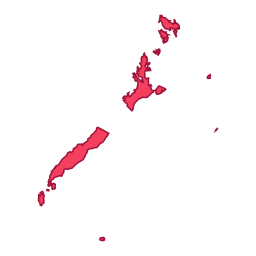 an SVG outline of Palawan
{"feature_id": "PHL-2534", "entity_name": "Palawan", "entity_type": "Province", "adm_level": 1, "iso_a3": "PHL", "parent_name": "Philippines", "parent_adm1": "", "projection": "albers", "projection_center": [119.135, 9.647], "detail": "fine", "context": "isolated", "style": "filled", "palette": "rose", "viewbox_px": 256, "rotation_deg": 0, "n_neighbors": 0, "source": "natural_earth", "source_scale": "10m", "svg_char_len": 5686}
<svg xmlns="http://www.w3.org/2000/svg" viewBox="0 0 256 256"><path d="M108.8,133.3L106.9,136.5L105.4,137.9L104.5,139.9L102.9,142.0L100.1,143.7L96.9,147.5L94.5,147.7L92.6,148.6L90.1,148.6L87.7,149.9L86.9,152.3L86.9,153.1L86.2,153.3L84.6,157.2L82.8,159.9L78.5,162.3L75.5,164.7L72.0,168.2L70.2,168.5L68.3,169.2L65.1,169.0L64.1,169.4L63.8,170.3L63.8,172.1L62.3,174.5L61.9,175.9L61.1,176.2L60.7,175.6L60.2,175.6L54.9,177.3L53.8,178.1L53.2,179.3L51.8,179.7L50.9,181.0L48.7,183.0L48.4,182.9L48.4,181.2L49.0,179.5L49.8,178.7L49.8,176.1L50.3,175.6L50.5,174.6L51.8,172.4L51.5,171.5L52.2,171.7L52.7,170.2L55.3,167.7L54.7,167.7L55.6,166.4L56.2,165.7L58.0,165.2L58.7,164.6L62.2,159.3L66.5,155.5L67.9,152.7L70.3,151.7L70.6,152.4L71.0,152.4L72.3,151.9L73.6,149.5L73.3,148.8L76.7,146.6L77.7,144.6L78.3,144.2L80.9,144.3L81.8,143.9L81.8,144.8L82.4,145.4L84.5,142.9L87.8,140.8L87.8,139.0L90.3,137.4L91.3,135.1L93.8,133.3L94.6,131.9L96.1,130.5L96.6,129.8L96.6,128.4L97.2,127.5L98.2,127.5L108.8,133.3ZM123.5,100.5L124.8,100.1L124.7,99.5L125.2,98.4L124.5,98.1L123.1,98.7L122.8,98.1L123.0,97.7L123.9,96.4L124.9,96.0L126.8,96.7L127.3,95.4L128.2,95.2L127.3,94.1L127.3,93.5L128.8,92.6L128.5,93.5L129.1,96.5L129.4,96.8L130.1,96.4L131.3,95.2L131.9,94.1L132.9,93.6L133.3,92.7L134.7,92.4L135.3,91.8L134.0,90.3L134.2,89.7L134.9,90.1L135.8,89.7L137.0,88.3L138.1,82.7L137.9,82.2L136.9,80.6L136.3,80.6L135.9,81.1L135.1,80.7L134.8,78.4L133.0,77.3L134.4,75.6L133.3,74.6L133.6,73.9L133.0,73.5L133.4,73.1L134.0,73.2L134.2,74.2L134.4,74.2L134.7,73.6L135.1,74.1L135.9,73.9L135.3,74.7L135.9,75.9L135.0,75.9L135.3,76.3L136.7,76.2L136.4,77.1L137.6,78.5L138.1,78.2L138.3,79.0L139.8,79.7L140.5,81.1L141.1,80.7L142.2,82.5L143.1,82.3L143.1,81.6L142.0,79.6L142.7,78.2L141.1,76.9L139.1,76.6L138.5,76.2L138.1,75.3L138.7,73.9L137.2,73.9L137.0,73.5L137.0,71.0L137.3,70.1L137.6,70.1L137.9,70.9L138.7,71.0L137.3,68.3L137.3,67.2L137.6,66.7L139.4,68.7L140.6,69.0L141.0,68.7L141.1,67.0L141.7,65.9L140.3,64.3L139.8,63.2L140.4,63.2L140.9,62.8L141.5,61.5L141.2,58.5L141.4,57.9L141.9,56.8L142.4,57.1L143.4,56.0L143.8,53.8L144.5,53.2L145.4,56.7L146.0,57.4L146.6,56.8L147.2,58.4L147.3,60.0L147.0,61.8L145.1,66.1L145.6,67.1L147.0,68.6L147.5,70.4L146.9,71.0L145.5,70.3L145.2,70.5L144.6,72.3L144.9,74.2L144.7,75.9L145.8,78.6L146.7,78.7L148.3,77.9L148.7,78.4L148.3,80.1L148.6,82.9L148.2,84.8L148.9,85.1L150.8,84.7L151.4,85.7L150.0,85.7L150.3,86.8L150.9,87.4L151.2,89.1L151.6,89.9L153.3,90.7L153.8,91.3L153.2,92.3L151.5,92.9L150.6,94.2L147.1,97.4L144.5,97.5L143.0,97.2L138.5,99.3L135.6,102.1L134.4,103.8L133.6,105.6L132.9,109.6L131.9,110.8L127.2,106.2L127.5,104.6L123.5,100.5ZM179.3,27.6L179.4,28.6L178.4,29.1L177.9,29.2L176.3,28.7L174.8,29.4L173.3,28.6L172.8,28.8L172.7,28.1L170.9,27.7L170.5,28.0L170.8,28.5L170.6,30.0L170.0,29.8L169.7,30.3L168.4,28.9L166.6,29.1L165.1,28.5L164.3,27.8L163.8,26.6L162.6,25.3L162.3,23.3L160.7,20.2L159.8,21.1L159.2,22.2L158.7,21.9L159.5,20.8L159.7,18.3L161.8,17.3L160.8,17.3L160.1,17.6L160.0,16.0L160.2,15.4L162.0,15.6L162.3,17.3L165.2,17.9L168.3,20.5L169.7,20.7L169.0,21.1L168.9,21.9L169.8,21.9L173.1,24.2L173.4,23.5L174.2,23.6L174.2,19.7L174.4,19.7L175.3,21.1L175.4,22.9L175.6,23.3L176.8,23.2L177.0,23.9L177.3,23.6L179.1,25.5L179.2,26.6L178.2,27.4L178.0,27.9L178.2,28.1L178.7,27.6L179.0,28.0L179.3,27.6ZM165.1,32.7L167.2,34.3L168.5,34.8L167.1,35.0L167.2,36.0L166.6,36.6L166.6,36.9L167.6,37.1L168.3,37.8L167.2,38.9L167.8,39.8L167.0,41.2L165.6,42.3L164.4,42.4L163.7,43.0L163.2,42.4L163.0,41.2L163.2,40.1L164.4,41.0L164.1,39.8L165.1,38.7L165.2,38.1L164.9,37.5L164.4,37.8L164.1,37.5L163.9,38.4L163.4,38.8L162.1,38.4L161.4,36.7L161.0,36.3L161.8,35.8L159.8,33.4L159.0,30.9L160.5,31.5L160.6,30.5L161.1,29.9L161.7,29.7L162.1,30.6L163.5,31.4L163.3,31.9L166.3,32.1L166.1,32.5L165.1,32.7ZM159.3,86.0L165.2,88.7L165.6,89.3L164.8,89.7L164.9,90.4L164.5,90.7L163.8,90.9L163.1,90.6L162.8,91.4L161.4,89.7L161.9,92.2L161.6,92.9L160.4,92.9L160.1,93.6L157.8,94.2L157.2,94.3L156.4,93.9L156.0,92.3L156.0,90.6L155.5,90.8L154.9,90.4L156.7,89.0L158.4,86.3L159.3,86.0ZM44.0,194.7L43.8,195.9L44.2,196.6L43.4,197.4L44.0,200.4L43.6,202.0L44.0,202.5L42.7,204.0L41.3,204.6L41.8,205.3L41.4,205.6L40.8,205.5L40.2,205.2L40.4,204.5L40.2,203.8L38.5,200.4L38.8,194.5L39.3,194.8L39.7,195.9L40.3,195.9L41.0,194.5L43.6,194.2L44.0,194.7ZM53.8,183.3L55.3,184.4L55.0,186.9L55.4,188.0L54.7,188.9L54.3,189.0L53.7,188.8L52.5,189.4L52.1,188.4L51.7,185.9L52.1,184.1L52.3,183.6L53.0,183.8L53.8,183.3ZM159.6,49.3L160.0,50.8L159.7,52.5L158.2,55.1L157.7,54.7L157.7,54.2L158.2,53.1L156.6,52.8L156.1,53.7L155.6,53.9L155.0,53.0L154.2,52.6L153.9,51.8L153.4,51.7L153.9,50.9L155.6,52.5L156.0,52.2L156.2,50.2L157.3,51.6L157.8,51.1L158.2,51.6L158.6,50.4L158.5,49.9L157.9,49.6L158.8,49.1L159.6,49.3ZM104.4,239.2L103.7,238.9L104.1,240.3L103.6,240.6L103.0,240.6L100.5,240.2L100.1,239.9L99.8,238.6L101.0,237.7L101.8,237.9L103.3,237.4L104.2,237.9L104.7,238.9L104.4,239.2ZM176.8,31.8L175.9,32.4L176.2,33.1L175.9,34.7L176.5,36.3L176.1,36.6L173.4,31.1L176.0,30.2L176.6,30.7L176.8,31.8ZM210.3,74.6L210.4,76.1L209.8,77.5L210.1,78.3L207.9,78.4L207.2,77.8L207.8,76.3L210.0,74.7L210.3,74.6ZM149.9,68.1L150.5,69.2L150.6,70.4L149.8,70.2L149.1,70.7L148.9,70.0L147.8,69.1L147.7,66.9L149.9,68.1ZM50.6,183.9L51.3,183.6L51.5,184.5L49.4,186.0L48.4,186.1L48.0,185.0L50.6,182.7L50.3,183.6L50.6,183.9ZM41.7,194.2L40.8,193.0L40.3,192.7L42.3,191.4L42.9,191.9L43.3,193.5L41.7,194.2ZM149.1,62.6L149.8,63.0L149.7,63.8L148.1,65.1L147.3,65.0L147.5,63.5L149.1,62.6ZM46.9,189.5L48.4,189.7L49.0,190.1L49.0,190.6L48.1,190.8L47.2,190.5L46.8,190.0L46.9,189.5ZM217.2,128.4L217.4,128.7L216.5,130.0L215.5,130.8L216.0,129.5L216.7,129.1L217.5,127.8L217.2,128.4Z" fill="#f43f5e" stroke="#9f1239" stroke-width="1.5"/></svg>